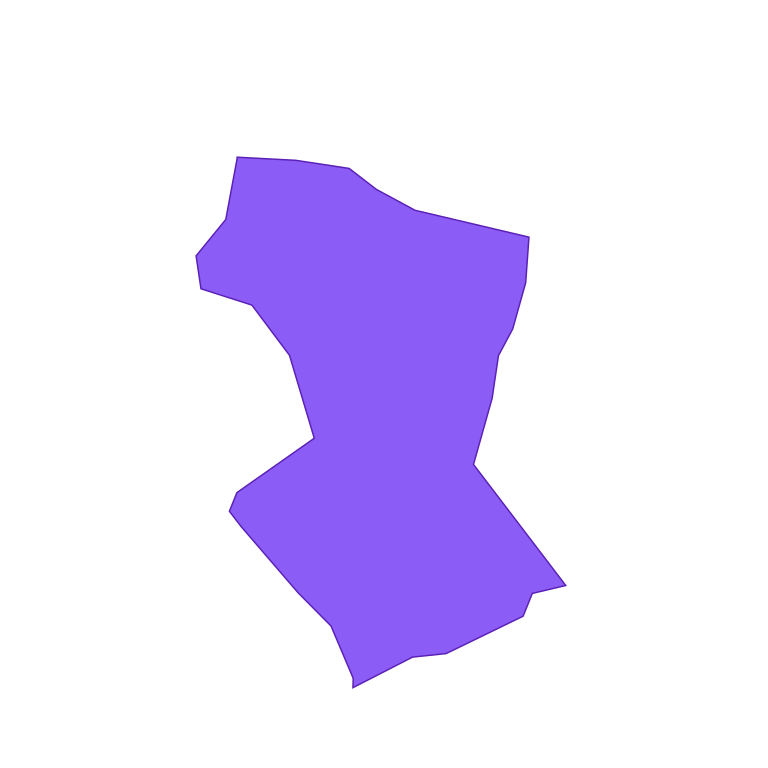 Dioundiou, Dosso, Niger (orthographic projection), rotated 324°
{"feature_id": "23599985B87103937584190", "entity_name": "Dioundiou", "entity_type": "district", "adm_level": 2, "iso_a3": "NER", "parent_name": "Niger", "parent_adm1": "Dosso", "projection": "orthographic", "projection_center": [3.586, 12.653], "detail": "fine", "context": "isolated", "style": "filled", "palette": "violet", "viewbox_px": 768, "rotation_deg": 324, "n_neighbors": 0, "source": "geoboundaries", "source_scale": "gbopen_adm2", "svg_char_len": 543}
<svg xmlns="http://www.w3.org/2000/svg" viewBox="0 0 768 768"><g transform="rotate(324 384 384)"><path d="M180.4,611.4L246.5,621.7L275.8,638.6L360.1,653.6L380.9,640.6L412.6,653.8L409.1,501.7L463.1,459.1L493.3,428.3L520.5,415.1L558.2,385.3L587.6,350.4L511.2,261.7L492.2,222.1L482.5,189.1L444.0,151.1L398.5,114.2L398.1,114.9L352.7,157.9L307.3,169.9L291.9,199.4L323.5,242.5L324.4,305.3L295.7,386.9L201.2,385.4L184.1,396.1L184.6,415.3L191.8,502.6L198.9,548.6L186.1,604.0L180.4,611.4Z" fill="#8b5cf6" stroke="#5b21b6" stroke-width="1.5"/></g></svg>